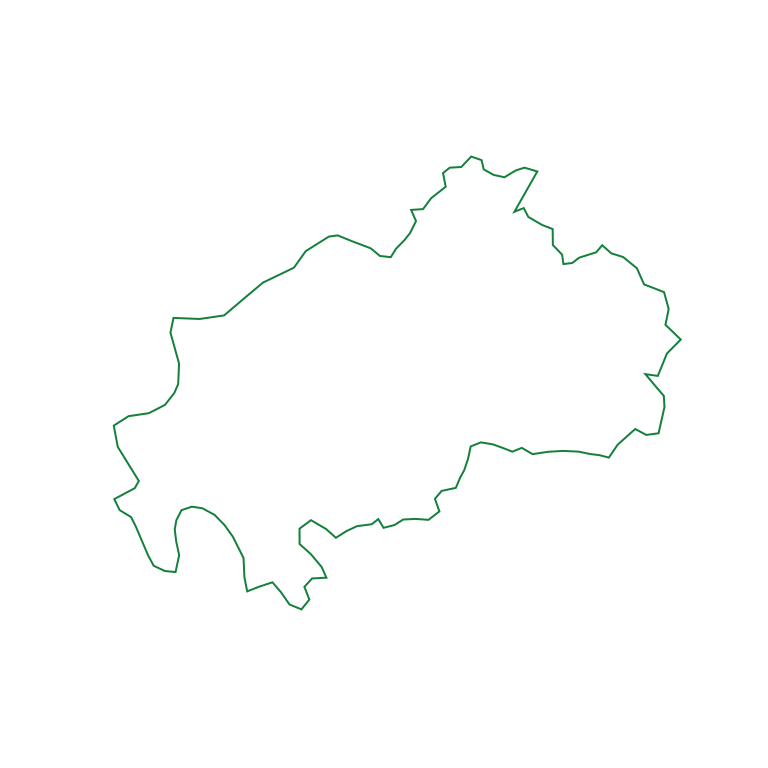 the district of Nicolau Vergueiro, Rio Grande do Sul, Brazil, rotated 336°
{"feature_id": "56859067B10489140386792", "entity_name": "Nicolau Vergueiro", "entity_type": "district", "adm_level": 2, "iso_a3": "BRA", "parent_name": "Brazil", "parent_adm1": "Rio Grande do Sul", "projection": "orthographic", "projection_center": [-52.451, -28.521], "detail": "fine", "context": "isolated", "style": "outline", "palette": "green", "viewbox_px": 768, "rotation_deg": 336, "n_neighbors": 0, "source": "geoboundaries", "source_scale": "gbopen_adm2", "svg_char_len": 1874}
<svg xmlns="http://www.w3.org/2000/svg" viewBox="0 0 768 768"><g transform="rotate(336 384 384)"><path d="M99.3,413.0L99.0,430.8L98.8,444.8L99.7,456.4L107.7,465.7L117.1,471.0L127.3,457.0L130.1,443.4L133.7,431.7L138.9,424.0L147.7,416.9L158.5,417.9L167.5,423.6L176.0,434.7L180.9,447.9L183.8,461.9L184.9,485.8L177.8,504.0L174.7,517.8L187.9,518.4L201.4,519.8L205.2,532.4L208.0,547.0L216.9,556.3L228.1,550.6L228.8,536.9L239.2,532.4L252.6,537.5L252.6,525.9L248.0,509.7L241.8,495.8L248.0,481.8L261.9,478.7L272.1,492.9L277.5,504.9L289.8,503.1L301.5,502.9L315.7,507.1L323.8,505.1L325.1,515.2L336.2,517.1L346.4,515.6L358.0,520.1L369.4,526.2L382.8,522.9L383.8,509.6L393.2,505.1L407.4,508.1L415.4,500.6L422.2,495.4L430.2,486.7L437.8,476.3L448.7,476.7L458.9,483.4L467.1,491.3L473.7,498.0L483.9,498.4L491.2,508.5L506.1,512.6L520.0,517.8L534.2,524.9L544.1,532.0L551.7,536.5L559.5,542.7L572.9,534.4L595.2,527.3L602.9,537.2L614.8,540.7L621.4,531.8L630.8,519.2L634.8,508.7L632.2,500.1L626.8,481.3L637.4,488.0L654.9,471.2L673.2,464.1L665.2,444.4L674.6,431.2L677.2,414.0L662.1,398.8L662.1,381.0L654.0,365.2L644.8,357.1L639.8,346.0L631.4,350.0L622.9,349.0L613.6,348.0L605.1,350.0L596.7,347.4L599.3,338.3L594.8,325.7L601.1,311.1L593.1,303.0L583.8,290.1L583.2,280.1L573.2,279.7L610.5,252.2L600.3,243.5L591.4,242.5L578.1,244.1L569.2,237.6L562.4,228.5L564.2,219.2L556.2,211.7L542.8,217.2L532.1,213.1L523.7,215.3L520.6,228.9L502.7,233.4L490.8,240.1L479.6,236.0L479.5,248.2L469.2,256.7L461.2,260.9L449.8,265.4L441.8,270.9L432.4,265.4L427.1,254.7L412.8,240.5L402.1,229.4L393.6,226.9L366.5,230.8L349.0,241.1L314.8,242.1L295.5,247.6L265.8,256.3L242.0,249.6L218.6,238.0L209.8,250.2L205.1,282.0L195.9,300.4L188.8,306.9L175.4,314.0L157.2,315.0L137.6,309.5L120.2,312.1L115.2,333.2L120.6,372.9L113.9,377.8L90.8,379.4L91.2,391.7L98.8,402.7L99.3,413.0Z" fill="none" stroke="#15803d" stroke-width="2"/></g></svg>